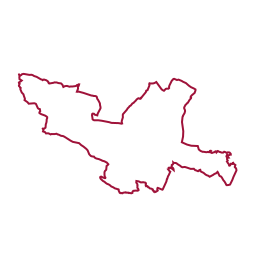 Suesca, Cundinamarca, Colombia, rotated 252°
{"feature_id": "7082276B94455974719005", "entity_name": "Suesca", "entity_type": "district", "adm_level": 2, "iso_a3": "COL", "parent_name": "Colombia", "parent_adm1": "Cundinamarca", "projection": "mercator", "projection_center": [-73.797, 5.134], "detail": "fine", "context": "isolated", "style": "outline", "palette": "rose", "viewbox_px": 256, "rotation_deg": 252, "n_neighbors": 0, "source": "geoboundaries", "source_scale": "gbopen_adm2", "svg_char_len": 5719}
<svg xmlns="http://www.w3.org/2000/svg" viewBox="0 0 256 256"><g transform="rotate(252 128 128)"><path d="M56.8,218.1L57.4,217.6L58.0,217.5L59.6,218.7L61.4,217.4L62.4,217.3L62.4,216.9L61.7,216.5L61.5,216.3L62.2,214.8L60.9,213.6L60.8,212.9L61.0,212.6L63.0,212.6L63.9,212.1L64.9,212.0L65.5,211.7L66.3,212.8L67.4,212.5L68.2,212.7L68.7,213.2L68.8,214.0L68.7,214.5L69.0,214.4L69.4,213.4L69.8,213.0L70.4,212.8L71.0,213.1L72.1,214.1L71.4,214.4L70.9,215.0L71.1,216.7L70.9,217.5L71.8,217.7L73.3,217.0L74.0,215.5L74.0,214.0L75.0,213.1L75.7,212.1L75.2,210.9L75.8,209.2L76.6,208.4L76.9,207.7L78.4,206.3L78.4,205.9L77.8,205.4L77.4,204.6L78.3,204.6L78.7,204.3L78.8,203.9L78.3,202.8L78.4,201.7L78.3,200.1L79.1,199.2L79.5,198.9L79.9,199.0L80.5,199.9L80.8,199.7L80.9,198.9L80.0,198.2L79.9,197.6L80.6,196.7L80.6,195.8L80.8,194.9L81.9,192.8L82.3,191.6L83.8,189.9L85.7,188.7L89.3,188.8L91.6,182.7L94.0,179.0L97.8,174.8L102.8,177.7L107.9,179.6L117.0,181.2L121.7,183.3L122.2,183.9L122.6,184.0L124.7,186.4L126.4,187.5L127.5,187.7L129.3,187.5L130.2,187.8L132.2,189.8L132.6,190.8L133.3,191.8L133.5,192.7L135.7,195.2L136.8,197.1L137.2,197.3L137.4,197.0L137.8,197.0L138.6,197.5L139.4,198.8L140.8,202.2L142.9,203.8L143.8,204.1L145.3,202.8L147.3,200.6L149.4,199.0L152.8,197.0L155.0,194.6L156.2,193.6L158.4,191.0L158.5,189.4L160.5,187.1L160.6,186.3L159.7,184.9L159.6,184.4L155.6,180.5L154.5,179.8L153.2,179.4L152.9,178.5L153.5,176.8L153.5,176.0L152.3,173.7L153.5,172.5L154.7,171.8L163.0,169.1L162.6,167.4L162.6,165.8L163.3,163.3L163.9,162.3L163.2,161.7L162.0,161.6L161.7,161.4L157.9,158.2L157.9,157.0L157.6,156.6L156.9,156.3L156.5,155.9L153.1,150.6L153.0,150.3L152.9,150.4L152.0,149.1L152.0,148.6L152.4,148.3L152.4,147.9L153.1,147.0L152.5,145.1L151.6,143.8L150.8,142.1L150.2,141.1L150.0,139.8L148.5,137.5L148.3,136.3L147.6,135.4L146.7,133.6L145.9,132.8L144.9,131.2L142.7,127.5L142.1,127.1L139.7,126.4L136.7,124.3L135.8,123.9L134.1,123.8L134.1,123.2L135.5,120.7L138.0,113.8L139.3,112.0L143.0,105.3L144.5,102.2L145.8,98.2L146.8,97.2L147.4,97.0L148.5,97.3L151.3,97.7L152.4,98.3L152.6,98.8L152.2,99.8L152.0,100.1L151.1,100.3L149.5,102.7L151.0,103.6L155.2,107.9L156.3,108.3L158.7,108.5L159.6,108.8L160.8,108.8L164.1,108.2L165.1,107.8L167.4,107.9L167.8,107.7L168.6,106.6L169.2,104.9L169.6,104.6L170.2,103.2L175.2,96.4L177.4,93.0L177.8,92.4L178.0,91.3L178.3,90.6L180.8,92.6L182.7,93.1L183.3,94.1L184.6,95.0L184.8,94.5L184.4,93.6L184.6,92.8L184.1,91.7L184.1,90.9L184.7,87.7L185.2,86.4L185.3,85.2L186.9,82.9L187.3,80.9L187.0,79.2L189.4,79.0L191.1,78.1L192.3,75.6L193.3,74.3L194.1,72.1L194.0,71.3L194.6,67.0L195.0,66.5L195.7,66.6L196.0,66.3L196.5,66.4L197.3,66.1L198.7,65.0L200.1,63.0L199.9,61.6L200.4,61.4L201.2,60.2L204.9,56.9L206.4,54.8L207.5,53.9L208.4,52.8L209.0,50.6L211.5,45.9L211.8,45.2L211.9,43.8L211.3,42.7L211.4,41.5L212.0,41.0L213.3,41.1L212.9,40.9L210.5,40.9L210.1,40.4L208.0,39.9L206.0,41.6L205.5,40.4L205.0,38.3L204.2,38.2L203.5,38.6L202.3,37.5L201.9,37.3L201.5,37.3L200.7,37.8L200.0,37.8L199.2,38.3L198.5,37.7L197.9,37.6L194.6,37.9L192.3,39.0L190.8,38.9L187.9,39.0L187.4,38.9L186.5,38.2L183.6,40.4L181.8,41.1L180.5,46.5L179.7,47.6L179.3,47.9L174.8,48.4L173.9,48.9L173.2,50.0L171.1,49.7L170.7,49.0L169.9,48.4L169.5,48.4L168.0,49.7L165.5,52.9L164.1,54.1L163.3,54.5L162.4,54.2L161.1,53.2L159.6,52.7L158.3,52.0L156.8,50.9L154.1,49.8L153.8,49.6L153.4,48.4L153.3,47.7L153.8,46.9L153.7,46.7L152.3,47.0L151.0,46.1L149.6,47.9L148.2,48.3L147.6,50.5L146.7,51.6L145.8,52.4L145.9,53.4L144.9,56.3L144.6,58.3L143.6,59.1L143.3,59.8L141.2,62.0L140.5,63.6L139.5,64.7L133.8,69.4L131.9,71.2L128.7,76.8L126.2,78.2L124.1,79.9L121.0,81.9L119.2,82.7L115.0,83.0L112.9,84.0L112.1,85.0L111.3,86.8L110.1,87.2L108.8,88.4L107.4,90.7L105.3,93.1L104.9,93.3L103.5,95.5L102.8,96.0L101.8,97.1L99.6,98.1L99.2,97.6L98.5,95.9L95.1,94.4L94.8,94.0L94.3,92.9L93.3,92.0L90.5,91.1L88.8,90.9L87.9,91.2L87.6,91.1L87.4,90.9L87.5,90.4L88.9,88.6L90.0,87.6L90.1,87.2L90.1,86.8L89.8,86.3L88.7,86.2L87.9,86.4L85.4,87.8L84.0,89.1L82.7,89.8L81.1,91.1L80.5,92.0L79.2,93.1L77.6,94.0L76.1,95.7L74.6,96.9L73.7,98.3L72.7,99.6L72.6,100.0L72.1,100.1L71.2,99.8L68.9,100.1L68.6,100.9L68.2,101.1L68.1,101.9L67.7,102.3L67.6,102.6L67.9,103.1L67.8,104.6L67.4,105.6L67.5,106.0L67.1,106.2L66.5,108.0L66.1,108.3L66.2,108.7L65.5,109.7L65.4,110.1L64.9,110.9L64.9,112.1L66.1,112.7L66.6,113.7L66.3,114.7L66.3,115.4L65.8,116.6L65.8,117.1L65.4,117.7L65.4,118.2L65.7,118.9L67.0,118.9L67.9,118.5L68.6,118.5L69.9,119.1L70.4,119.1L70.7,119.4L71.9,119.5L73.5,119.0L75.0,119.6L73.9,121.7L72.2,123.5L72.0,124.9L71.7,125.3L71.6,126.1L71.0,126.9L70.7,127.6L70.2,127.9L69.5,127.9L68.4,127.2L67.8,127.5L67.4,127.1L67.0,127.2L66.8,128.3L66.5,128.4L66.2,128.8L65.5,128.8L65.2,129.4L63.9,130.0L62.9,131.7L61.9,132.6L61.3,132.3L60.9,132.6L60.4,132.6L60.0,133.1L59.4,133.1L59.4,133.8L58.7,133.9L58.8,135.3L59.3,136.9L59.9,136.8L60.8,136.9L61.8,137.5L61.9,137.8L58.7,141.6L58.8,142.0L65.3,148.0L67.4,149.2L67.4,149.5L67.8,149.8L69.7,151.1L70.4,152.0L73.4,154.7L74.1,154.2L76.3,153.4L76.3,153.9L76.5,154.1L77.6,154.4L77.6,154.9L76.7,156.3L75.7,157.3L73.9,158.4L74.9,158.6L76.1,158.4L77.7,157.3L78.5,158.0L79.2,158.1L79.4,158.4L79.5,159.3L79.9,159.8L80.7,160.3L81.2,160.4L80.7,160.7L80.0,162.5L79.5,163.2L78.0,164.2L75.9,166.0L74.7,166.7L73.9,167.5L73.4,170.0L72.0,172.0L69.8,174.9L69.5,175.7L68.9,178.0L67.1,178.9L66.5,179.9L65.4,181.0L65.2,181.7L66.0,182.9L65.9,183.8L64.6,183.7L63.9,184.0L62.0,186.0L59.7,187.4L58.4,188.7L57.8,189.6L56.4,190.6L57.1,194.5L57.6,196.0L57.7,197.8L58.6,199.6L57.9,199.8L54.4,200.2L53.8,200.6L53.2,201.4L52.1,201.9L48.7,202.6L47.4,203.2L44.7,203.8L43.8,203.8L43.1,204.3L42.7,206.2L42.7,207.6L46.4,211.2L48.9,213.2L54.1,218.0L55.5,218.3L56.8,218.1Z" fill="none" stroke="#9f1239" stroke-width="2"/></g></svg>